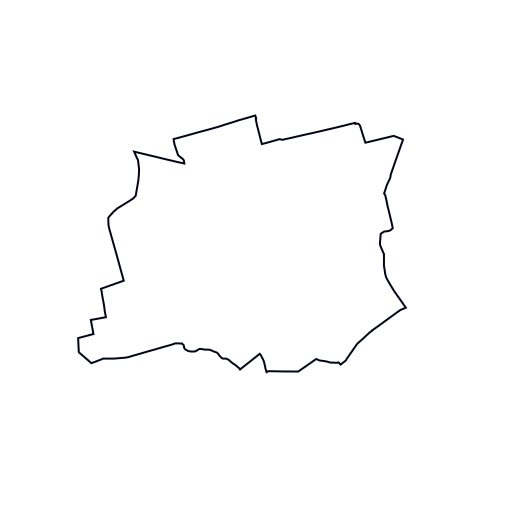 Botiz, Satu Mare, Romania (orthographic projection), rotated 208°
{"feature_id": "2599482B62414452256024", "entity_name": "Botiz", "entity_type": "district", "adm_level": 2, "iso_a3": "ROU", "parent_name": "Romania", "parent_adm1": "Satu Mare", "projection": "orthographic", "projection_center": [22.945, 47.838], "detail": "fine", "context": "isolated", "style": "outline", "palette": "ink", "viewbox_px": 512, "rotation_deg": 208, "n_neighbors": 0, "source": "geoboundaries", "source_scale": "gbopen_adm2", "svg_char_len": 4138}
<svg xmlns="http://www.w3.org/2000/svg" viewBox="0 0 512 512"><g transform="rotate(208 256 256)"><path d="M351.0,84.1L349.7,85.6L348.4,87.0L344.8,91.2L342.6,93.8L337.2,96.6L334.2,98.2L332.8,99.0L326.6,103.0L323.8,104.8L322.1,106.1L320.3,107.7L317.7,110.3L313.0,114.8L308.2,119.5L305.0,122.6L301.3,126.1L296.5,130.8L291.5,135.6L289.7,137.3L287.9,139.1L287.6,139.4L287.5,139.7L285.9,141.2L283.0,142.6L280.1,144.0L279.9,143.8L277.9,143.3L276.3,141.2L276.0,141.0L274.8,140.4L273.8,140.3L272.2,140.3L271.4,140.3L269.8,140.7L268.8,141.1L267.8,141.5L265.9,142.5L264.5,143.7L263.0,146.3L262.4,147.2L261.4,147.9L260.1,148.4L257.9,149.1L256.5,149.6L255.8,150.1L254.4,150.8L252.5,151.6L250.5,151.7L248.7,151.8L247.9,152.0L247.6,152.1L246.6,152.2L244.9,152.3L243.9,152.0L242.8,151.6L242.0,151.0L240.4,150.5L238.6,149.9L237.6,149.8L237.1,149.9L234.9,151.0L234.4,151.3L233.3,151.4L231.8,151.5L230.5,151.3L227.9,150.7L226.2,150.3L224.4,150.2L222.7,150.0L220.4,149.5L218.1,149.0L216.8,148.3L215.6,151.2L212.9,157.3L210.1,163.8L207.7,169.3L206.8,171.4L205.6,171.0L203.3,169.4L201.7,168.3L199.7,166.8L198.9,165.9L196.0,162.6L194.7,161.0L192.7,158.9L192.1,158.4L191.2,160.0L176.7,167.4L164.5,173.8L160.4,181.7L154.5,193.3L152.4,193.5L151.0,193.6L149.4,194.1L148.0,194.7L146.0,195.4L144.4,195.9L142.8,196.3L140.4,196.8L140.2,196.9L139.9,197.0L138.8,197.6L138.2,197.9L137.6,198.2L136.5,198.7L135.4,199.2L134.1,199.9L133.8,200.2L133.4,200.7L133.0,200.8L130.6,199.9L130.3,199.8L129.6,201.5L128.6,203.7L128.2,204.6L127.8,205.5L127.6,206.3L127.6,207.3L127.5,209.0L127.2,210.9L126.9,213.9L126.5,216.8L126.2,219.7L125.9,221.9L125.7,223.9L125.5,225.7L125.0,227.1L124.5,228.5L123.5,231.2L122.5,233.8L121.6,236.5L120.3,240.2L119.8,241.7L119.2,243.0L118.2,245.0L118.4,245.2L118.2,245.5L118.0,245.8L115.7,250.5L114.7,252.5L111.4,259.3L109.3,263.6L105.2,272.1L103.1,276.2L99.4,280.7L107.1,284.6L114.6,288.4L116.7,289.4L124.2,293.8L127.2,295.7L130.4,297.7L131.8,299.0L133.7,301.1L135.0,302.9L138.8,308.0L140.1,310.6L142.0,314.2L143.5,316.9L143.7,317.6L144.7,318.3L145.7,319.1L151.0,323.4L152.3,324.9L154.3,329.5L156.3,334.2L154.3,337.8L152.2,339.2L150.9,340.2L149.9,341.2L149.2,342.3L148.4,344.4L148.3,344.8L152.7,350.0L154.5,352.0L159.6,357.8L162.6,361.1L165.5,364.4L165.5,364.7L170.5,370.4L172.2,371.3L173.8,380.3L174.0,384.2L174.0,385.6L174.0,387.0L174.3,388.3L174.6,389.6L174.9,390.2L175.2,391.0L175.4,392.1L175.7,394.1L177.3,404.4L178.2,410.5L179.1,416.3L180.0,422.1L180.4,424.9L180.8,427.7L180.9,427.9L188.5,427.0L190.8,426.7L195.1,422.9L196.3,421.8L198.6,419.8L203.2,415.7L212.6,407.4L214.4,409.1L216.0,410.7L218.6,413.2L224.6,419.2L225.4,419.9L226.2,420.4L227.0,420.6L227.8,420.7L228.6,420.5L229.3,420.2L229.8,419.6L230.2,419.3L230.3,419.2L230.5,419.3L230.7,419.5L230.8,419.6L230.9,419.8L231.1,420.0L235.5,416.1L239.9,412.1L247.1,405.7L254.4,399.3L258.9,395.4L263.5,391.4L269.5,386.3L275.5,381.1L278.6,378.4L281.6,375.8L284.2,373.6L286.8,371.4L287.7,370.8L289.2,370.5L290.2,370.2L291.0,369.3L293.6,366.8L296.1,364.4L298.8,361.8L302.5,358.4L303.4,357.6L307.3,361.8L313.5,368.7L316.0,371.3L320.1,376.3L320.7,377.2L320.8,377.6L320.6,377.7L322.6,379.7L330.0,372.5L335.0,367.7L336.3,366.4L336.5,366.1L341.1,361.4L345.8,356.7L349.8,352.5L356.6,346.0L364.2,338.9L368.1,335.2L372.7,330.8L379.9,324.0L383.6,320.6L382.5,318.8L382.1,318.5L381.8,318.1L381.0,317.1L380.1,316.0L378.7,314.7L374.6,310.8L372.5,308.8L372.1,308.5L371.2,308.2L366.2,307.3L365.4,307.0L364.6,306.5L363.9,305.6L363.0,304.4L362.7,304.0L369.9,302.0L382.4,298.7L390.4,296.7L398.4,294.6L412.6,290.9L410.9,289.6L408.8,287.9L405.2,285.3L403.9,283.4L401.4,279.8L400.1,277.9L397.9,273.5L395.6,268.1L393.7,262.5L391.4,255.4L390.9,253.9L390.7,253.3L390.5,252.7L390.7,251.9L391.1,250.3L391.3,249.5L392.1,248.0L392.9,246.4L394.7,243.3L396.7,239.9L400.8,232.9L401.9,229.8L402.4,228.8L403.9,222.9L404.2,221.5L404.3,220.2L404.2,220.0L400.8,214.1L398.2,211.0L379.8,191.8L371.7,183.2L361.2,172.1L377.5,154.3L376.6,153.3L375.3,151.7L372.6,148.1L367.9,142.2L365.3,138.7L364.1,136.9L359.8,131.5L371.8,122.0L362.9,110.8L374.5,100.0L367.7,88.5L367.1,87.8L351.0,84.1Z" fill="none" stroke="#020617" stroke-width="2"/></g></svg>